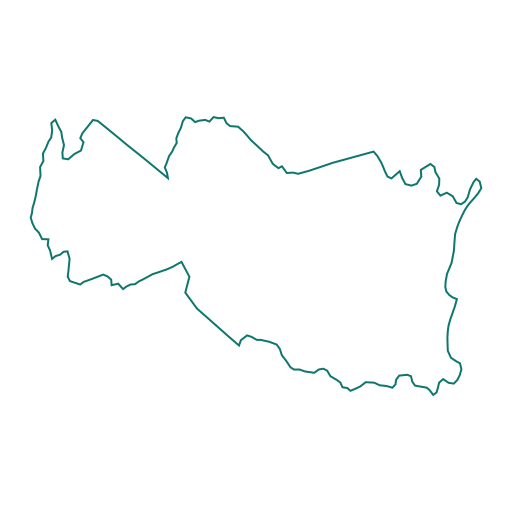 the district of Cabo de Santo Agostinho, Pernambuco, Brazil
{"feature_id": "56859067B83174667423697", "entity_name": "Cabo de Santo Agostinho", "entity_type": "district", "adm_level": 2, "iso_a3": "BRA", "parent_name": "Brazil", "parent_adm1": "Pernambuco", "projection": "natural_earth1", "projection_center": [-35.086, -8.276], "detail": "fine", "context": "isolated", "style": "outline", "palette": "teal", "viewbox_px": 512, "rotation_deg": 0, "n_neighbors": 0, "source": "geoboundaries", "source_scale": "gbopen_adm2", "svg_char_len": 2942}
<svg xmlns="http://www.w3.org/2000/svg" viewBox="0 0 512 512"><path d="M298.1,173.8L292.9,172.6L286.8,173.0L281.9,166.3L278.5,168.2L272.8,163.9L270.6,160.0L268.1,155.4L263.4,151.7L257.2,145.9L250.9,140.1L247.3,135.8L243.3,131.3L238.1,126.7L230.1,126.1L226.5,123.2L223.8,117.7L218.7,118.2L213.5,117.1L209.4,121.6L205.2,119.9L199.0,120.7L195.1,122.1L191.2,118.5L185.7,117.3L182.9,121.1L180.9,127.8L178.2,133.2L176.3,138.4L176.7,143.0L174.1,147.3L172.1,151.7L169.1,156.0L166.6,163.1L164.8,167.5L167.0,172.8L167.9,178.1L143.3,157.9L126.4,144.4L118.6,137.9L107.0,128.4L97.7,120.9L93.0,120.0L82.3,133.4L80.3,138.2L83.5,142.2L81.0,150.5L74.4,154.0L68.2,159.3L62.8,158.4L62.4,152.4L64.0,145.1L62.1,137.5L61.3,131.9L58.2,126.1L55.3,119.7L51.3,123.1L52.2,130.3L51.2,137.5L48.5,141.6L45.9,148.0L42.9,153.6L43.4,161.1L40.1,167.0L40.5,176.1L38.6,181.5L37.3,187.6L35.7,196.3L34.1,203.0L32.6,207.7L32.0,212.9L30.7,217.5L32.4,223.2L35.1,228.7L38.9,232.6L42.1,239.1L48.4,239.3L47.7,245.3L50.0,250.3L52.1,258.9L55.5,256.1L60.1,254.7L63.7,251.7L67.5,251.4L69.6,258.8L69.0,264.7L68.4,271.2L67.7,276.8L70.0,281.1L75.6,283.0L80.2,284.5L83.7,281.9L91.8,279.0L98.3,276.5L103.2,274.6L107.5,276.4L111.2,279.6L111.6,285.2L118.2,283.7L123.1,289.1L126.3,286.6L130.6,284.5L135.0,284.2L138.5,281.6L142.6,279.6L148.0,276.7L152.5,274.2L157.7,272.5L167.0,269.3L172.9,266.7L176.3,264.7L181.5,261.9L189.4,276.8L187.7,283.3L185.3,292.6L196.9,308.5L227.0,335.1L239.0,345.5L240.9,340.2L247.1,335.4L251.4,336.8L256.8,339.9L260.8,339.9L265.3,340.9L269.0,341.7L276.6,344.5L279.9,349.1L281.8,355.1L286.5,361.3L290.5,367.3L293.9,369.5L299.5,369.5L304.7,371.4L314.2,372.8L318.8,369.5L323.4,368.7L327.2,370.7L330.4,376.2L336.7,379.9L340.3,382.5L342.5,387.3L347.3,388.0L350.4,390.8L355.0,388.9L360.2,386.5L365.7,382.2L374.3,382.7L379.7,385.3L386.6,386.0L392.4,387.7L395.5,384.4L396.1,379.8L399.2,375.6L407.3,374.8L411.0,376.2L412.2,381.5L415.0,385.6L421.7,386.8L426.9,387.7L430.0,390.6L433.2,394.9L436.5,392.5L437.8,388.2L439.1,382.7L443.1,379.1L448.6,382.8L453.8,383.6L457.3,380.0L459.8,375.0L461.4,369.3L460.0,363.3L455.9,361.1L450.9,357.7L447.8,350.8L447.6,345.2L447.4,337.8L447.8,331.3L448.5,325.8L450.3,319.3L452.6,312.9L454.8,306.6L456.9,299.1L452.6,297.4L449.4,295.1L446.4,291.6L445.3,287.1L445.6,281.9L447.0,273.9L449.3,268.4L451.5,263.1L452.8,256.6L454.0,250.1L454.4,242.9L455.1,234.1L457.3,226.8L459.4,221.3L462.3,215.1L464.5,210.7L466.7,207.1L469.3,203.5L472.3,200.2L475.5,196.5L478.2,193.2L481.3,188.1L479.7,181.6L476.2,178.8L473.5,182.2L470.0,189.4L467.7,197.3L465.0,201.6L461.1,204.2L456.5,203.0L452.8,196.3L446.8,192.7L440.4,195.6L436.9,191.3L439.1,184.8L439.3,178.6L435.4,172.0L434.4,167.0L430.4,164.0L420.8,169.9L421.3,176.6L416.8,183.8L411.4,185.6L405.4,184.1L402.1,177.8L399.7,171.2L391.5,178.4L387.5,176.6L384.9,171.3L383.1,166.8L381.2,162.5L377.5,156.2L373.6,151.6L332.4,162.9L326.7,164.9L308.7,170.9L298.1,173.8Z" fill="none" stroke="#0f766e" stroke-width="2"/></svg>